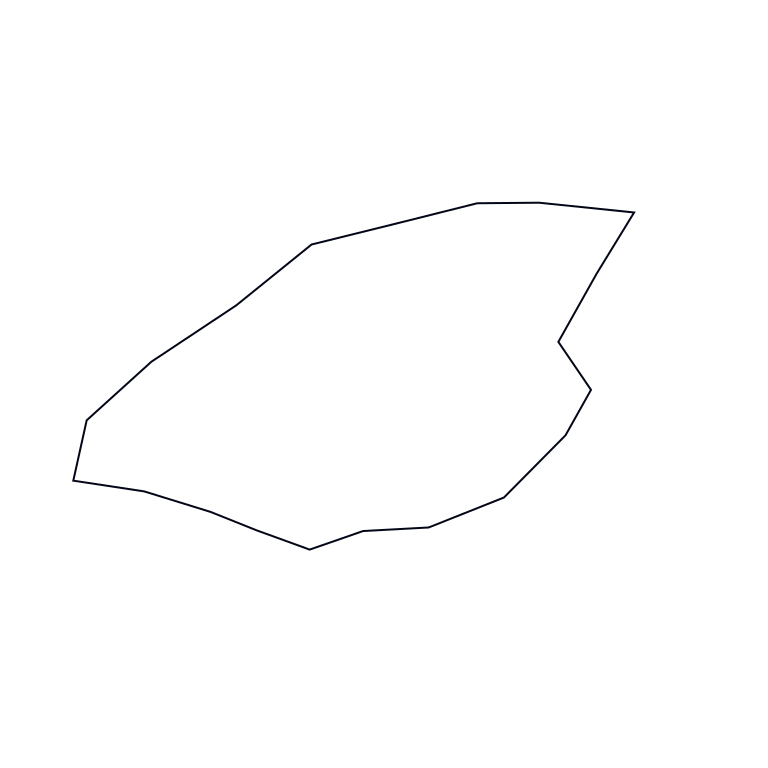 Agioi Iliofotoi, Nicosia, Cyprus, rotated 51°
{"feature_id": "46923920B45981952402160", "entity_name": "Agioi Iliofotoi", "entity_type": "district", "adm_level": 2, "iso_a3": "CYP", "parent_name": "Cyprus", "parent_adm1": "Nicosia", "projection": "albers", "projection_center": [33.114, 35.064], "detail": "fine", "context": "isolated", "style": "outline", "palette": "ink", "viewbox_px": 768, "rotation_deg": 51, "n_neighbors": 0, "source": "geoboundaries", "source_scale": "gbopen_adm2", "svg_char_len": 415}
<svg xmlns="http://www.w3.org/2000/svg" viewBox="0 0 768 768"><g transform="rotate(51 384 384)"><path d="M408.1,81.7L340.7,149.4L302.2,197.8L268.5,270.3L230.0,352.5L229.9,449.3L220.3,550.8L225.1,637.9L263.6,686.3L316.6,637.9L374.4,599.2L417.7,575.0L465.9,546.0L485.1,492.8L523.6,439.6L547.7,362.2L538.1,275.2L518.8,226.8L461.0,222.0L432.1,149.4L408.1,81.7Z" fill="none" stroke="#020617" stroke-width="2"/></g></svg>